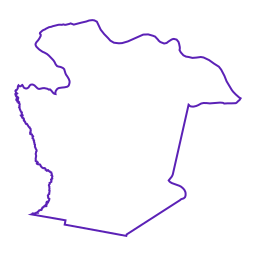 Zárate, Buenos Aires, Argentina
{"feature_id": "61730980B39719981669742", "entity_name": "Zárate", "entity_type": "district", "adm_level": 2, "iso_a3": "ARG", "parent_name": "Argentina", "parent_adm1": "Buenos Aires", "projection": "orthographic", "projection_center": [-59.227, -34.003], "detail": "fine", "context": "isolated", "style": "outline", "palette": "violet", "viewbox_px": 256, "rotation_deg": 0, "n_neighbors": 0, "source": "geoboundaries", "source_scale": "gbopen_adm2", "svg_char_len": 5456}
<svg xmlns="http://www.w3.org/2000/svg" viewBox="0 0 256 256"><path d="M31.5,214.4L65.5,220.3L64.7,224.6L126.3,235.9L126.7,234.4L180.1,200.1L180.7,199.5L181.4,199.1L183.6,198.4L184.9,197.3L185.2,196.7L185.6,195.2L185.6,193.5L185.5,192.6L185.2,191.6L184.3,189.8L183.0,188.3L181.1,186.7L179.4,185.8L171.9,183.1L170.2,182.1L169.4,181.4L168.7,180.4L171.7,176.7L172.3,175.6L172.8,174.4L188.6,104.7L189.0,105.0L189.5,105.8L190.8,106.4L192.3,106.6L193.6,106.6L196.2,106.0L198.3,105.1L201.2,103.5L203.6,103.0L207.0,103.1L209.7,103.4L220.1,102.6L222.6,102.8L223.3,103.0L224.1,103.5L224.8,103.5L228.0,103.3L232.4,103.3L235.3,103.2L235.9,103.1L236.7,102.6L238.5,100.8L239.2,100.3L239.6,99.9L240.6,98.3L239.2,97.5L235.7,94.4L233.1,91.7L231.8,90.0L226.6,81.3L224.4,75.8L221.2,69.7L218.9,66.7L214.0,63.6L209.1,60.1L203.6,57.5L200.8,57.0L196.2,57.6L192.4,57.9L188.7,57.0L186.0,56.6L183.4,55.3L180.8,52.4L179.5,50.0L179.8,49.0L179.8,47.2L179.1,43.8L178.5,41.9L176.6,39.6L173.9,38.9L172.7,39.1L171.5,39.6L168.5,41.5L166.6,43.0L164.1,43.5L160.3,42.0L158.5,40.5L158.2,39.9L155.1,36.6L153.1,35.8L148.2,34.4L143.2,34.6L127.9,41.4L122.1,43.1L118.9,43.3L113.9,42.7L110.3,40.6L108.1,38.1L104.2,34.1L100.7,29.7L96.9,21.7L94.4,20.4L92.4,20.1L89.1,20.5L86.3,21.5L81.1,22.7L73.8,24.6L70.6,23.4L69.4,23.9L65.7,24.8L64.8,24.8L63.3,24.4L62.0,24.8L59.4,24.7L58.4,24.8L52.4,26.3L51.6,26.7L49.0,27.2L45.6,28.9L44.8,29.5L43.4,30.0L42.3,30.7L40.1,32.7L39.9,33.4L40.1,33.9L40.7,34.6L40.7,35.9L39.4,38.4L38.1,40.3L36.5,42.1L35.7,43.5L35.5,44.5L35.8,45.6L36.4,46.7L38.9,49.2L39.8,49.9L42.6,51.8L44.3,52.5L47.0,54.0L48.8,55.5L52.3,59.1L53.4,60.3L54.1,61.3L54.7,62.3L55.7,64.4L57.1,66.1L58.6,66.6L59.9,66.8L61.2,67.2L62.9,68.0L63.4,68.4L64.2,69.2L65.4,73.2L66.0,74.6L67.4,76.6L68.7,78.8L69.5,80.9L69.6,82.1L69.4,83.4L68.9,85.1L68.4,85.9L67.3,86.7L64.7,87.3L61.7,87.6L58.9,88.0L57.7,88.6L57.0,89.2L55.8,90.9L55.4,92.3L55.4,93.5L55.5,94.0L54.5,93.8L53.7,93.4L52.8,92.5L51.3,90.6L50.0,89.4L49.6,89.4L49.1,89.7L48.9,89.7L47.5,88.8L44.3,88.1L42.6,88.2L39.6,88.9L38.4,88.8L37.5,88.3L35.8,86.7L34.6,85.5L33.4,84.8L32.4,84.5L31.1,84.6L30.4,84.9L29.4,86.0L28.5,87.5L27.0,88.4L26.5,88.5L25.4,88.4L24.2,87.9L23.7,87.4L22.8,85.7L22.5,85.5L22.3,85.0L22.0,85.1L20.8,86.2L20.3,86.3L19.8,86.3L19.3,86.0L18.8,86.1L18.6,85.9L18.7,85.6L18.5,85.3L18.3,85.5L17.8,87.0L17.8,87.4L17.9,87.9L17.6,88.6L16.8,89.9L16.4,90.1L15.9,90.1L15.5,90.6L15.5,91.4L16.1,92.3L16.0,92.8L17.0,93.4L16.5,93.8L15.4,94.0L15.4,94.3L16.0,94.3L16.4,94.7L16.3,95.3L15.9,95.9L16.0,96.1L16.5,96.7L17.1,96.8L17.1,97.0L16.8,97.3L16.8,97.6L17.0,97.7L17.8,97.4L18.0,97.4L18.3,97.9L18.2,98.3L17.6,98.0L17.3,98.2L17.7,98.4L17.8,98.8L17.8,99.1L17.2,99.3L17.3,99.6L17.5,99.7L17.7,99.9L17.6,100.1L17.1,100.1L16.6,99.9L16.3,99.9L16.3,100.0L16.6,100.4L17.8,100.3L17.9,100.7L17.4,101.2L17.4,101.6L17.9,101.7L18.5,101.5L19.0,102.0L18.5,102.6L18.4,102.8L18.6,103.1L19.3,103.2L19.7,104.2L19.7,104.9L19.4,105.5L19.3,106.1L19.6,106.5L19.6,106.8L19.2,107.4L19.6,107.7L19.6,108.4L19.9,109.0L19.9,109.6L20.3,110.0L20.5,110.6L21.0,111.8L21.3,112.1L21.9,112.4L21.9,112.8L21.6,114.0L22.6,115.1L22.7,115.5L22.1,115.6L21.1,115.7L21.8,116.7L22.4,117.9L23.4,118.1L23.6,118.7L23.9,118.9L24.0,119.3L23.7,119.8L23.8,120.5L24.0,120.8L24.4,120.8L24.5,120.9L24.7,121.4L25.2,122.0L25.2,122.6L25.6,123.0L25.9,123.8L26.2,124.0L26.9,123.9L27.2,124.2L27.5,124.9L28.1,125.6L28.3,126.2L28.9,127.0L29.7,127.4L29.7,128.0L30.6,128.9L30.6,129.8L30.8,130.3L30.6,130.7L30.6,131.6L30.4,131.9L30.7,132.3L30.7,132.7L30.7,132.9L30.1,133.1L30.3,134.1L32.0,134.5L32.2,135.1L32.4,136.0L33.1,136.2L33.2,136.4L33.0,136.7L32.8,136.8L32.6,137.0L32.7,137.7L32.5,138.2L33.5,139.2L33.7,139.8L33.6,140.5L34.1,140.8L34.1,142.3L34.2,142.5L34.5,142.9L34.5,143.1L34.4,144.0L35.0,144.6L34.9,146.9L35.4,147.5L35.6,148.5L36.5,149.9L36.6,150.5L36.6,151.1L36.2,151.5L36.1,151.8L36.0,152.8L35.7,153.6L35.8,154.6L36.1,155.3L36.1,156.6L35.8,157.2L35.9,157.7L35.8,158.2L35.6,158.8L35.8,159.8L35.6,160.8L35.7,161.1L36.3,161.5L36.9,161.5L37.3,162.2L37.6,162.2L37.8,162.4L37.4,163.0L36.9,163.4L36.8,163.6L37.1,163.9L38.0,164.3L39.5,164.3L40.1,164.6L40.3,165.1L40.7,165.5L40.8,166.3L41.6,167.0L42.0,167.5L43.2,168.2L43.6,168.2L44.0,168.0L44.7,168.1L45.3,168.5L45.5,168.8L45.5,169.7L45.8,169.8L46.7,170.8L47.1,170.8L47.3,170.7L47.3,170.2L48.1,170.1L49.0,171.2L49.8,171.4L50.2,172.1L51.3,172.4L51.4,173.1L51.7,173.6L51.6,174.0L51.9,174.7L51.9,175.0L51.6,175.3L52.1,175.6L52.1,176.0L52.4,176.3L51.9,178.3L52.2,178.7L51.7,179.1L51.5,179.5L51.0,179.6L51.0,179.8L51.5,180.6L51.3,181.9L50.8,182.1L50.0,182.9L49.6,183.0L49.7,183.6L49.7,184.0L49.1,184.6L48.9,185.1L48.9,185.6L49.4,186.7L49.3,187.5L49.5,188.6L49.2,190.3L49.3,190.4L49.6,190.6L49.6,190.9L49.5,191.1L49.5,192.0L49.2,192.8L49.3,193.9L49.2,194.1L48.5,194.4L47.8,195.8L48.2,196.6L48.1,197.4L48.2,197.9L48.5,198.1L48.7,198.4L49.4,198.9L49.0,200.6L48.5,201.1L48.2,202.0L47.8,201.7L47.3,201.6L46.8,201.8L46.7,202.1L47.3,202.4L47.4,202.8L47.2,202.9L46.7,202.7L46.4,202.9L46.4,203.2L46.8,203.8L46.8,204.2L46.1,204.5L45.9,204.6L45.9,204.8L46.4,205.0L46.4,206.1L45.9,206.3L45.4,206.1L45.2,205.8L44.7,205.7L44.3,206.0L43.6,207.1L42.9,207.2L42.5,207.5L42.6,207.8L42.4,208.2L41.8,208.7L41.6,209.1L41.7,209.6L41.5,209.9L41.0,210.1L40.6,210.0L40.1,210.1L39.1,210.4L38.6,211.4L37.9,211.6L37.5,212.0L37.2,212.3L37.5,212.8L36.0,212.8L35.6,213.2L35.5,213.5L34.8,213.4L33.1,213.5L32.6,213.4L32.4,213.6L32.4,213.9L32.3,214.1L31.5,214.4Z" fill="none" stroke="#5b21b6" stroke-width="2"/></svg>